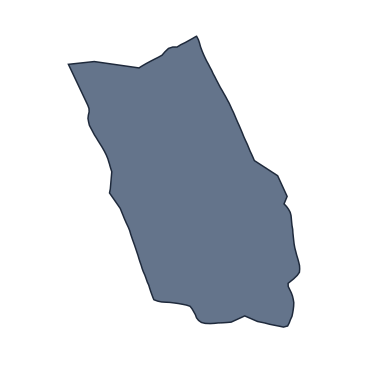 Hayran, Hajjah, Yemen, rotated 77°
{"feature_id": "15242507B87254411475969", "entity_name": "Hayran", "entity_type": "district", "adm_level": 2, "iso_a3": "YEM", "parent_name": "Yemen", "parent_adm1": "Hajjah", "projection": "equal_earth", "projection_center": [43.07, 16.255], "detail": "fine", "context": "isolated", "style": "filled", "palette": "slate", "viewbox_px": 384, "rotation_deg": 77, "n_neighbors": 0, "source": "geoboundaries", "source_scale": "gbopen_adm2", "svg_char_len": 2419}
<svg xmlns="http://www.w3.org/2000/svg" viewBox="0 0 384 384"><g transform="rotate(77 192 192)"><path d="M41.3,152.5L41.4,153.3L42.6,157.1L43.8,161.3L44.9,165.1L45.9,169.6L47.4,174.0L46.4,178.1L46.8,182.6L49.3,186.8L52.0,190.5L53.2,194.7L54.1,198.5L55.2,202.8L56.5,207.6L57.8,211.8L58.5,213.9L59.2,215.7L42.9,257.9L39.8,283.7L84.1,274.0L87.5,273.6L90.8,274.2L93.8,275.7L96.9,276.8L100.4,277.0L103.9,277.0L107.0,276.2L111.1,275.1L114.5,274.2L117.5,273.1L120.6,272.1L124.1,270.9L127.8,269.6L132.5,268.2L136.6,267.2L140.8,266.5L144.2,266.3L146.3,266.1L147.5,266.1L150.8,265.9L154.2,265.6L170.6,270.9L174.4,272.6L186.1,267.9L191.9,265.6L195.1,265.1L199.4,264.4L203.2,263.8L207.4,263.0L211.9,262.0L215.7,261.4L219.6,261.2L223.5,260.8L224.6,260.7L227.1,260.4L230.4,260.0L234.3,259.6L237.5,259.3L241.4,258.9L244.9,258.7L248.4,258.4L252.0,258.0L255.2,257.8L258.5,257.4L262.6,256.6L266.0,256.2L269.7,255.8L273.0,255.1L276.1,254.9L279.6,254.6L280.5,254.5L282.9,254.2L286.0,253.8L288.3,253.4L288.7,252.9L290.7,249.8L292.3,246.3L293.5,242.3L294.6,238.4L296.1,234.3L297.7,230.1L299.3,226.4L300.9,222.9L302.9,219.6L305.9,218.2L309.2,217.2L312.3,216.3L315.6,215.9L318.6,214.5L321.2,212.2L323.0,208.7L324.3,203.9L325.0,199.8L325.5,195.7L325.9,193.8L326.3,191.7L327.0,187.4L327.6,183.1L324.6,168.5L332.9,157.3L334.4,154.0L336.1,150.3L336.4,149.8L338.4,146.0L340.7,140.9L342.4,137.1L344.2,133.2L344.1,130.4L344.1,129.0L341.4,126.7L338.5,124.8L335.7,122.6L332.7,121.2L329.6,119.9L326.3,118.7L322.7,117.7L319.5,117.5L316.0,117.5L312.7,117.9L309.2,118.7L305.7,119.5L302.6,118.9L300.9,115.4L299.4,112.3L299.0,111.7L296.9,108.2L294.4,105.4L291.3,104.4L288.0,103.8L284.6,103.8L281.5,103.9L278.4,104.1L277.2,104.2L272.9,104.3L269.7,104.4L265.6,104.2L262.0,103.8L258.7,103.4L254.6,102.9L251.0,102.3L247.1,102.1L243.9,101.7L240.3,101.2L237.1,100.8L233.9,100.9L230.6,101.8L227.3,103.2L224.3,105.0L217.7,100.3L195.4,104.9L175.6,124.0L175.3,124.2L172.0,124.8L168.4,125.5L165.3,126.2L161.6,126.8L157.9,127.4L153.8,128.3L149.8,129.1L145.8,129.7L142.3,130.3L137.9,131.1L134.5,131.8L130.7,132.5L127.2,133.1L123.8,133.7L119.9,134.6L116.8,135.2L113.5,135.9L110.4,136.8L107.3,137.6L103.3,138.8L99.5,139.9L99.0,140.1L96.1,141.0L92.2,142.0L88.4,143.0L85.1,143.8L81.5,144.8L77.9,145.5L74.3,146.5L71.1,147.3L67.6,148.3L64.1,149.1L60.7,149.8L57.2,150.4L52.7,151.0L48.2,151.2L45.1,151.5L41.3,152.5Z" fill="#64748b" stroke="#1e293b" stroke-width="1.5"/></g></svg>